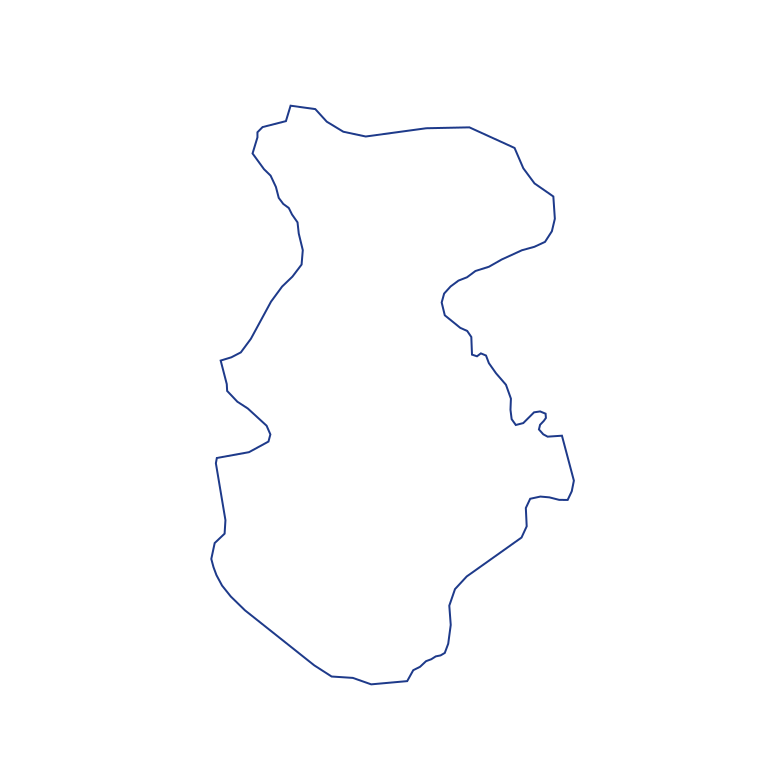 Al Bayda', Mercator projection, rotated 75°
{"feature_id": "YEM-333", "entity_name": "Al Bayda'", "entity_type": "Governorate", "adm_level": 1, "iso_a3": "YEM", "parent_name": "Yemen", "parent_adm1": "", "projection": "mercator", "projection_center": [45.347, 14.319], "detail": "fine", "context": "isolated", "style": "outline", "palette": "blue", "viewbox_px": 768, "rotation_deg": 75, "n_neighbors": 0, "source": "natural_earth", "source_scale": "10m", "svg_char_len": 1604}
<svg xmlns="http://www.w3.org/2000/svg" viewBox="0 0 768 768"><g transform="rotate(75 384 384)"><path d="M246.7,171.9L268.6,176.2L279.9,182.3L288.4,191.7L290.4,203.2L290.5,216.2L294.2,238.1L297.9,252.3L298.5,266.4L302.4,276.2L303.4,285.3L307.0,294.4L312.2,302.5L320.2,307.2L333.4,307.5L349.5,295.8L354.3,289.9L361.2,287.5L378.4,291.4L381.3,287.0L379.5,282.5L382.9,278.1L391.0,277.3L402.7,273.0L416.3,266.4L431.0,265.2L441.6,268.5L451.0,269.8L457.7,267.3L457.8,259.6L450.2,246.4L450.9,240.3L454.5,235.6L458.7,236.4L461.0,239.2L463.8,243.8L468.0,246.1L473.8,243.2L477.2,239.6L480.0,225.5L526.5,225.6L536.2,230.4L543.5,236.6L541.3,244.7L536.3,253.6L533.2,262.1L532.7,272.5L540.5,279.1L558.4,283.0L567.9,290.9L591.3,353.9L600.5,368.5L615.0,378.3L634.0,381.9L651.5,389.2L659.5,394.9L660.8,399.6L660.5,404.5L662.1,409.6L662.6,415.1L666.5,422.4L668.0,429.8L677.0,438.5L670.8,474.1L659.8,490.2L653.0,510.3L637.7,524.2L566.6,576.9L549.6,587.0L536.8,592.6L525.3,595.3L516.8,596.1L508.3,596.1L493.8,588.7L487.3,576.7L474.5,572.4L417.0,566.9L412.2,564.6L414.9,532.1L409.7,510.5L403.3,506.8L393.9,508.2L372.4,521.9L363.2,530.2L350.1,537.3L343.4,535.9L319.1,535.7L318.7,524.5L316.4,514.1L305.9,500.9L275.2,471.8L263.5,457.2L256.6,444.7L247.3,432.7L233.7,427.8L216.6,427.4L205.5,425.7L196.4,429.0L189.4,430.4L184.0,434.7L177.0,437.5L165.7,437.4L153.4,439.6L145.5,444.3L127.3,451.3L113.0,442.4L108.1,441.1L104.4,434.8L104.7,410.7L91.0,402.2L100.7,379.2L115.8,371.4L129.8,358.0L140.2,337.6L147.9,277.0L158.2,235.1L189.8,196.8L211.7,193.6L229.2,186.7L246.7,171.9Z" fill="none" stroke="#1e3a8a" stroke-width="2"/></g></svg>